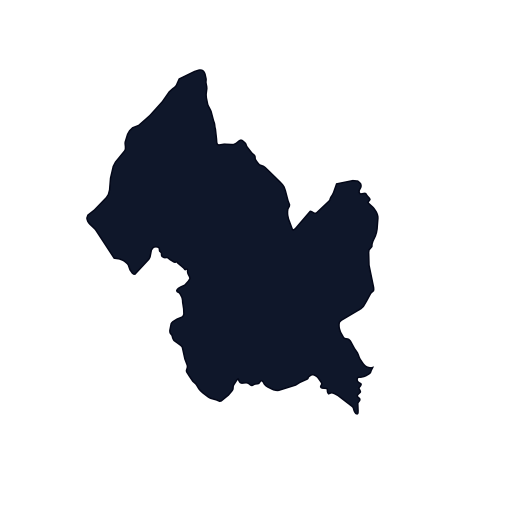 SVG path tracing the border of Sari Pul, rotated 322°
{"feature_id": "AFG-1748", "entity_name": "Sari Pul", "entity_type": "Province", "adm_level": 1, "iso_a3": "AFG", "parent_name": "Afghanistan", "parent_adm1": "", "projection": "equal_earth", "projection_center": [66.141, 35.686], "detail": "fine", "context": "isolated", "style": "filled", "palette": "ink", "viewbox_px": 512, "rotation_deg": 322, "n_neighbors": 0, "source": "natural_earth", "source_scale": "10m", "svg_char_len": 6000}
<svg xmlns="http://www.w3.org/2000/svg" viewBox="0 0 512 512"><g transform="rotate(322 256 256)"><path d="M304.5,69.2L321.3,72.8L325.8,74.5L326.6,75.1L327.3,75.8L327.9,76.6L328.3,77.8L328.3,78.6L328.3,79.3L328.0,80.6L327.7,81.5L325.8,85.5L325.2,86.4L323.8,87.9L323.2,88.7L321.4,92.2L320.3,93.8L316.7,97.4L315.9,98.3L314.2,100.9L311.5,106.3L311.1,107.2L310.8,108.4L310.0,112.8L309.6,114.4L305.9,123.0L305.0,125.6L304.6,126.5L302.9,129.3L302.1,131.1L296.9,139.5L295.0,142.3L294.7,143.0L294.3,144.1L294.5,144.8L295.1,145.7L299.8,148.3L306.3,153.9L307.3,154.5L309.8,155.0L313.6,154.9L315.1,155.2L315.9,155.9L316.3,156.7L316.9,159.6L317.0,160.7L316.9,161.6L316.3,163.3L316.1,164.4L316.1,172.3L316.3,173.5L316.7,175.4L316.7,176.0L316.6,176.5L316.4,177.1L315.4,178.6L315.1,179.1L314.9,180.0L314.8,180.9L314.7,183.4L314.8,186.2L317.1,189.9L317.7,192.0L320.5,212.6L320.8,216.2L320.6,218.9L319.4,222.5L315.3,232.0L314.1,235.8L314.0,236.2L313.7,236.5L313.2,237.0L312.7,237.4L310.4,238.4L309.7,238.9L308.4,240.2L306.9,242.1L306.0,243.5L304.4,246.8L301.0,257.5L301.4,258.5L303.7,258.7L326.1,254.2L326.3,254.2L326.5,254.4L326.7,254.7L327.0,255.1L327.3,255.7L328.0,257.6L328.5,258.4L329.4,259.1L330.3,259.3L347.4,257.7L348.8,257.3L350.0,256.4L351.4,255.7L353.6,255.0L356.1,253.8L363.9,248.8L378.7,256.2L382.3,259.6L382.8,262.0L382.8,262.8L382.9,263.4L382.7,263.9L382.5,264.5L382.1,265.2L381.6,265.8L380.7,266.5L377.8,267.8L377.0,268.6L376.4,269.5L376.3,270.8L376.7,271.6L380.2,273.5L380.7,274.1L380.9,274.6L380.7,276.4L380.7,277.4L380.9,280.2L380.8,281.0L380.6,281.6L380.2,281.8L378.0,282.4L377.5,282.6L377.2,282.9L377.1,283.3L377.2,284.2L378.1,289.5L378.2,291.0L378.1,292.8L377.9,295.2L377.5,296.9L377.0,298.4L376.3,299.9L375.3,301.3L368.0,309.3L365.3,311.7L362.4,313.7L357.4,316.2L355.0,317.8L353.1,319.9L348.8,320.8L347.1,322.4L339.4,332.8L329.3,353.2L328.2,354.8L327.2,355.7L324.1,355.9L323.0,356.2L315.0,359.7L309.6,361.8L306.3,362.1L283.8,359.2L281.3,359.4L280.3,360.1L279.5,360.8L278.4,362.2L277.6,363.4L276.9,364.8L275.9,367.4L275.6,368.6L274.8,374.0L274.9,374.8L275.1,375.6L275.7,376.3L277.1,377.8L277.7,378.7L277.9,379.9L278.0,381.2L276.6,389.6L276.3,394.8L275.6,397.3L275.2,398.5L274.8,399.8L274.5,401.3L274.1,406.7L274.2,408.4L274.4,409.9L274.8,411.1L275.3,412.1L276.5,413.7L276.9,414.1L277.9,415.1L279.3,415.7L276.3,417.1L274.8,418.1L274.1,418.4L273.0,418.5L271.7,418.4L268.8,418.0L266.8,417.4L263.9,416.0L262.8,415.1L261.7,414.5L261.0,414.6L259.9,415.3L259.3,416.1L259.0,416.9L258.9,417.7L259.0,418.5L259.2,419.3L259.9,420.9L260.0,421.3L259.8,421.8L259.6,422.1L259.0,422.4L258.3,422.7L256.2,423.2L255.7,423.6L255.5,424.0L255.2,425.8L255.0,426.6L254.8,427.1L254.4,427.5L253.9,427.6L251.0,427.9L250.3,428.1L249.9,428.5L249.6,429.0L249.4,429.7L249.5,430.5L249.7,431.2L249.8,431.8L249.8,432.4L249.5,433.0L249.1,433.4L248.6,433.7L246.4,434.3L245.9,434.5L245.4,434.9L241.3,440.6L239.9,442.3L239.3,442.7L238.7,442.8L238.2,442.4L237.7,441.5L237.8,439.7L238.1,438.3L239.2,435.5L239.3,434.8L239.1,433.5L234.7,416.4L233.4,413.4L232.4,411.5L231.1,410.1L228.4,409.3L228.4,408.0L228.8,406.9L230.0,405.1L230.2,404.6L230.3,404.3L229.8,403.6L226.8,400.8L226.3,399.8L226.4,398.9L226.9,398.4L228.7,397.6L229.1,397.3L229.4,396.7L229.6,395.9L229.7,394.9L229.9,390.6L229.9,389.7L229.8,388.8L229.5,387.8L229.1,386.7L228.6,385.7L228.0,384.8L227.1,384.1L225.9,383.7L223.8,383.6L222.7,383.7L221.9,384.1L221.5,384.5L220.5,384.5L212.7,382.6L207.8,382.1L191.6,376.0L190.4,375.4L189.2,374.3L187.5,372.3L186.7,370.8L184.6,366.4L184.2,365.2L183.9,364.2L183.8,363.0L183.7,362.1L184.1,359.8L184.1,359.1L183.9,358.4L183.7,357.8L183.3,357.4L182.8,357.3L180.3,358.0L179.7,358.1L178.9,357.8L176.7,356.5L175.5,356.0L173.8,355.8L173.0,355.5L172.3,354.4L171.9,352.6L171.7,352.0L171.4,351.3L171.0,350.7L170.6,350.2L170.1,349.8L169.6,349.4L167.3,348.0L166.8,347.6L166.3,347.2L165.9,346.6L165.7,346.1L165.6,345.6L165.6,345.0L165.7,344.4L165.8,343.7L166.2,342.4L166.2,342.1L166.2,341.8L165.5,341.8L164.3,342.0L158.9,343.9L158.3,344.3L157.7,344.7L156.0,346.6L154.9,347.2L153.5,347.6L148.6,348.6L139.4,348.8L137.9,348.1L136.2,345.0L132.8,340.4L132.1,339.1L131.5,337.5L129.8,331.0L129.3,327.9L129.2,325.5L129.7,321.6L129.8,319.7L129.1,315.8L129.5,309.9L130.0,304.8L130.3,304.0L130.8,303.3L133.0,301.8L133.9,300.9L134.6,299.7L136.6,293.3L141.5,283.1L141.8,282.2L141.9,281.8L141.8,281.3L141.6,279.9L139.6,272.9L139.4,272.2L139.4,271.7L139.5,271.0L139.9,269.3L140.7,267.5L140.9,266.8L141.0,266.4L140.9,265.0L141.0,263.7L141.5,262.7L142.4,261.5L147.4,257.2L148.5,256.8L150.1,256.6L154.9,257.1L159.8,258.5L160.6,258.6L161.4,258.5L163.3,257.5L166.4,253.2L169.9,247.0L170.6,246.1L171.6,244.3L172.2,242.9L172.8,239.7L172.9,238.5L172.8,237.4L172.0,235.9L172.0,235.1L172.3,234.4L173.4,233.9L174.3,233.8L175.0,233.7L177.8,234.1L181.9,235.1L187.2,234.2L189.9,233.2L190.2,233.0L190.5,232.3L190.9,231.2L191.3,228.9L191.7,227.6L192.3,226.4L193.5,224.8L193.7,224.2L193.5,223.8L192.7,223.3L192.2,223.2L191.8,223.2L191.7,223.0L191.6,222.5L191.6,220.8L190.0,213.2L190.0,212.3L189.8,211.7L189.5,211.4L188.5,211.2L188.0,210.7L187.6,210.1L186.1,206.1L185.4,203.1L185.1,202.6L184.6,202.1L183.2,201.3L182.4,200.3L181.7,198.5L181.9,197.6L182.3,196.8L182.8,196.3L183.1,195.7L183.3,195.2L183.4,194.8L183.1,193.1L183.1,192.8L183.3,192.3L184.4,190.6L184.5,190.2L184.5,189.5L184.2,188.7L183.5,187.8L182.6,187.0L181.7,186.4L180.7,186.2L179.7,186.1L177.2,186.9L173.2,190.4L171.9,191.5L170.9,192.0L169.5,192.6L149.4,195.8L148.5,195.0L148.0,193.4L148.2,189.4L149.9,184.3L149.9,182.9L149.6,181.2L149.1,179.0L148.4,177.3L146.5,174.1L142.9,170.4L145.7,137.2L145.7,135.5L144.7,128.8L144.6,126.9L144.8,125.1L145.5,123.1L146.1,122.0L148.7,120.3L157.0,120.3L174.0,117.9L177.5,116.7L181.3,113.8L189.3,105.1L198.7,97.5L203.1,95.5L217.2,92.3L218.8,91.5L220.4,89.5L221.9,87.1L222.4,86.4L223.2,85.6L229.8,81.0L233.5,79.5L237.7,79.0L244.0,80.9L258.9,80.0L277.1,76.8L288.8,73.2L293.6,72.9L295.6,73.0L297.6,72.7L298.5,72.4L304.5,69.2Z" fill="#0f172a" stroke="#020617" stroke-width="1.5"/></g></svg>